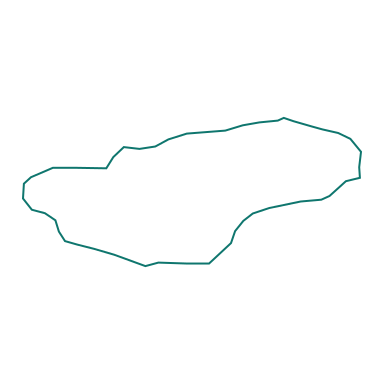 outline of Skara, Västra Götaland, Sweden
{"feature_id": "70781695B33450377436150", "entity_name": "Skara", "entity_type": "district", "adm_level": 2, "iso_a3": "SWE", "parent_name": "Sweden", "parent_adm1": "Västra Götaland", "projection": "natural_earth1", "projection_center": [13.513, 58.397], "detail": "fine", "context": "isolated", "style": "outline", "palette": "teal", "viewbox_px": 384, "rotation_deg": 0, "n_neighbors": 0, "source": "geoboundaries", "source_scale": "gbopen_adm2", "svg_char_len": 702}
<svg xmlns="http://www.w3.org/2000/svg" viewBox="0 0 384 384"><path d="M359.9,177.8L359.2,167.2L361.0,151.8L350.4,138.9L338.2,133.0L322.4,129.4L311.9,126.5L293.5,121.2L283.8,117.9L277.8,120.6L259.4,122.4L242.8,125.3L225.3,130.6L186.8,133.6L168.4,139.4L155.3,146.5L139.5,148.9L123.8,147.1L123.2,147.7L113.3,157.1L106.3,168.3L75.6,167.8L52.9,167.8L31.0,177.2L23.9,183.7L23.0,198.5L31.8,209.7L32.8,210.0L44.9,213.2L55.4,220.3L58.9,231.6L65.0,241.1L77.3,244.6L93.9,248.8L114.1,254.7L145.4,266.1L158.4,262.6L185.8,263.5L209.1,263.5L231.0,243.1L235.1,231.1L243.3,220.9L252.8,213.5L269.3,208.0L300.7,201.5L321.3,199.7L329.5,196.0L345.9,181.2L359.9,177.8Z" fill="none" stroke="#0f766e" stroke-width="2"/></svg>